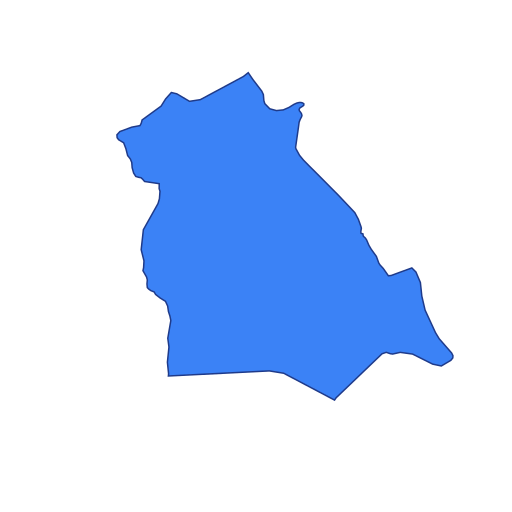 SVG path tracing the border of South Khorasan, rotated 332°
{"feature_id": "IRN-3244", "entity_name": "South Khorasan", "entity_type": "Province", "adm_level": 1, "iso_a3": "IRN", "parent_name": "Iran", "parent_adm1": "", "projection": "orthographic", "projection_center": [59.888, 32.335], "detail": "fine", "context": "isolated", "style": "filled", "palette": "blue", "viewbox_px": 512, "rotation_deg": 332, "n_neighbors": 0, "source": "natural_earth", "source_scale": "10m", "svg_char_len": 1879}
<svg xmlns="http://www.w3.org/2000/svg" viewBox="0 0 512 512"><g transform="rotate(332 256 256)"><path d="M335.2,90.5L336.1,98.7L338.5,113.2L338.3,116.9L335.9,122.5L335.3,125.6L337.3,132.5L342.3,137.2L348.7,139.8L354.9,140.3L360.7,139.9L363.8,140.1L366.4,140.8L367.7,141.5L369.0,142.7L369.7,144.0L369.1,145.2L367.9,145.6L364.1,145.9L362.8,146.9L362.5,148.2L362.8,149.8L363.0,151.5L362.6,153.4L361.7,154.4L359.2,156.1L356.9,158.1L353.9,162.3L350.1,167.5L345.8,173.4L342.0,178.6L341.6,180.0L341.7,187.5L342.9,193.5L345.2,201.3L348.0,210.4L350.9,219.9L353.9,229.9L357.2,240.8L360.8,253.9L363.6,264.1L363.6,271.8L362.5,279.3L362.1,280.9L360.0,283.7L359.4,285.1L359.7,285.7L360.3,286.1L360.8,286.6L360.1,288.7L360.3,289.7L360.7,290.6L361.0,291.6L361.2,293.7L360.7,299.5L360.9,304.1L362.1,312.9L361.1,319.9L361.3,322.1L362.5,326.7L363.6,335.6L366.3,336.7L374.5,337.8L388.0,339.7L389.7,345.2L388.7,356.6L383.6,369.2L379.9,383.1L378.5,407.9L378.9,415.1L383.2,433.5L383.1,436.5L381.9,438.4L379.1,439.6L368.0,440.1L361.2,434.4L348.2,416.1L338.1,408.8L330.6,406.7L328.7,405.3L325.8,402.2L321.4,401.5L260.2,418.8L257.7,420.1L225.4,372.5L213.8,363.7L122.3,320.8L123.5,319.0L127.9,308.2L136.4,295.5L139.5,287.2L150.5,273.0L151.8,268.6L152.6,264.0L154.5,258.7L154.8,253.5L151.7,248.2L149.3,242.8L149.2,239.9L146.9,237.2L145.8,235.0L145.2,232.9L146.6,229.5L148.8,226.1L149.5,223.2L149.3,215.9L151.3,213.5L154.8,207.7L157.6,196.5L168.9,179.9L194.1,163.7L197.6,160.1L201.6,153.8L202.1,151.1L204.5,146.7L192.6,137.9L192.0,135.1L191.2,132.9L189.4,131.5L187.2,129.3L186.9,125.3L188.1,119.9L190.2,115.1L190.6,111.3L189.8,107.1L191.5,100.2L192.3,93.9L189.3,88.9L188.9,86.4L190.1,83.7L194.3,82.2L206.8,83.9L214.8,86.4L217.0,84.9L219.3,82.4L242.6,79.1L249.9,74.9L258.0,71.9L262.2,75.6L269.9,88.2L280.2,91.8L329.1,91.6L335.2,90.5L335.2,90.5Z" fill="#3b82f6" stroke="#1e3a8a" stroke-width="1.5"/></g></svg>